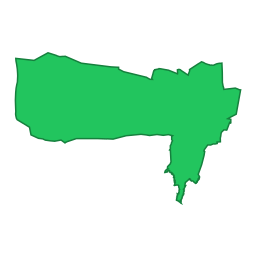 Ayacucho, San Luis, Argentina (Natural Earth projection)
{"feature_id": "61730980B39092532797168", "entity_name": "Ayacucho", "entity_type": "district", "adm_level": 2, "iso_a3": "ARG", "parent_name": "Argentina", "parent_adm1": "San Luis", "projection": "natural_earth1", "projection_center": [-66.166, -32.297], "detail": "fine", "context": "isolated", "style": "filled", "palette": "green", "viewbox_px": 256, "rotation_deg": 0, "n_neighbors": 0, "source": "geoboundaries", "source_scale": "gbopen_adm2", "svg_char_len": 5407}
<svg xmlns="http://www.w3.org/2000/svg" viewBox="0 0 256 256"><path d="M31.0,134.9L38.4,138.3L42.8,138.9L45.3,140.1L50.2,140.8L54.7,141.2L60.7,140.1L61.3,140.2L64.3,142.4L64.7,142.5L64.9,142.9L65.1,142.9L65.4,142.5L67.3,141.6L76.3,138.6L98.1,138.6L106.5,138.9L107.7,138.8L108.8,138.9L113.1,139.1L126.2,135.7L141.0,134.3L146.2,134.9L149.5,135.5L157.0,134.5L163.3,135.3L168.4,134.6L172.6,135.7L172.0,136.2L171.8,136.2L171.6,136.5L171.7,137.4L171.7,139.6L172.5,140.8L171.6,142.4L171.4,143.3L171.2,144.3L170.3,145.7L170.4,148.9L169.6,150.0L170.4,150.3L170.5,151.4L170.4,151.8L170.5,152.3L170.9,160.1L171.0,161.5L170.9,162.2L170.5,163.0L170.4,163.7L167.6,166.6L167.4,168.4L167.4,168.9L167.5,168.9L165.7,170.3L165.5,170.5L165.1,171.3L164.8,172.5L165.1,172.5L165.5,172.3L165.8,172.1L166.0,171.8L166.6,172.1L166.8,172.2L167.1,172.0L167.6,171.7L167.8,171.7L167.9,171.4L167.7,171.1L167.8,171.0L168.1,170.6L168.3,170.3L168.5,170.2L169.0,170.5L169.4,170.5L169.5,170.9L169.8,171.1L169.7,171.8L169.9,172.3L170.1,172.5L170.8,172.6L171.1,172.6L171.4,172.4L171.7,172.5L171.9,172.7L172.1,173.4L171.9,173.6L171.6,173.6L171.6,173.9L172.0,174.3L172.3,174.3L172.5,174.3L172.9,174.1L173.2,175.2L173.4,175.3L173.6,175.2L173.9,175.3L173.9,175.5L174.1,176.0L173.8,176.3L173.8,176.6L174.0,177.1L173.6,177.2L173.5,177.3L173.5,177.5L173.9,177.6L174.2,177.4L174.4,177.5L174.1,178.0L174.3,178.4L174.1,178.9L174.1,179.0L174.5,179.6L174.6,179.8L174.3,179.8L174.1,180.1L174.1,180.3L174.3,180.5L174.5,180.2L174.9,180.2L175.0,180.3L175.0,180.5L174.8,180.5L174.5,180.9L174.3,181.1L174.3,181.4L174.4,181.5L174.4,182.0L174.6,182.2L174.8,182.1L174.7,182.4L175.1,182.5L174.8,182.9L174.9,183.5L174.6,184.3L174.6,184.9L174.2,185.3L174.4,185.5L176.8,185.0L178.3,185.2L178.7,185.6L178.7,186.9L179.3,188.7L179.3,188.9L179.6,189.5L179.2,189.8L179.0,190.1L179.1,190.6L179.2,191.0L179.1,191.7L179.1,191.9L178.9,192.0L178.8,192.4L178.7,192.7L178.8,192.8L178.7,193.1L178.7,193.3L178.5,193.2L178.6,193.3L178.5,193.5L178.5,193.3L178.3,193.3L178.0,193.8L178.2,193.7L178.3,193.6L178.2,193.7L178.0,194.1L177.9,194.3L177.7,194.2L177.8,194.4L177.7,194.7L177.5,194.8L177.6,195.0L177.5,195.3L177.5,195.5L177.4,195.6L177.5,195.5L177.6,195.4L177.4,195.8L177.6,195.7L177.5,195.8L177.6,195.7L177.3,196.0L177.1,196.9L177.1,197.0L176.8,198.3L176.6,198.9L176.6,199.0L176.5,199.3L176.5,199.6L176.7,199.8L176.8,200.0L177.0,200.2L177.0,200.3L176.9,200.4L177.3,200.5L177.8,200.8L178.0,200.7L178.3,201.0L178.8,201.3L179.0,201.6L179.3,201.7L179.3,201.8L179.6,202.0L179.7,201.9L179.9,202.2L180.1,202.3L180.7,203.0L181.1,203.2L180.8,202.7L181.1,202.1L180.9,201.6L180.7,201.0L180.9,201.1L181.0,201.2L181.1,201.3L181.2,201.0L181.2,200.8L181.0,200.7L180.9,200.3L181.0,199.8L181.4,199.4L182.0,198.3L181.8,198.0L182.2,197.4L182.3,197.0L182.4,196.8L182.4,196.4L182.7,195.9L182.9,195.6L182.9,195.4L182.7,195.3L182.9,195.0L183.4,194.8L183.4,194.6L183.5,194.5L183.4,194.2L183.5,194.1L183.7,193.9L183.4,193.6L183.7,193.2L183.6,192.9L183.6,192.6L183.6,192.3L183.7,192.1L183.6,191.9L183.8,191.5L183.8,191.2L184.1,191.1L184.0,190.8L184.1,190.4L183.9,189.9L184.1,189.8L184.0,189.7L183.7,189.5L183.6,189.3L183.5,189.2L184.1,188.7L185.6,185.7L184.8,185.8L185.4,182.4L186.0,182.0L189.0,179.3L189.1,179.0L189.4,178.8L189.5,178.7L189.7,178.8L189.9,179.0L190.2,179.1L190.3,179.2L190.2,179.5L190.1,179.9L190.5,180.0L190.7,180.3L191.1,180.4L191.2,180.9L191.3,181.0L191.6,180.9L191.9,181.0L192.2,180.9L192.6,180.9L193.8,181.6L193.8,181.9L194.1,182.3L194.4,182.5L195.5,183.3L195.7,183.0L195.9,183.0L195.9,183.3L196.0,183.1L196.3,183.1L196.5,182.2L197.0,182.3L197.1,182.2L196.9,181.6L197.2,181.7L197.4,181.5L197.5,181.1L197.6,180.6L197.8,180.1L198.2,180.2L198.3,180.1L198.6,179.7L198.6,179.4L198.5,179.2L199.0,179.3L199.1,179.2L199.1,178.9L198.8,178.7L199.1,178.5L198.9,178.1L199.0,177.9L199.3,178.0L199.4,177.9L199.4,177.6L199.2,177.3L199.6,177.0L199.6,176.9L198.2,174.3L201.6,164.8L202.4,161.8L204.0,155.6L204.7,151.5L203.9,151.0L204.4,149.6L207.7,145.0L210.7,145.0L211.6,144.6L213.4,143.9L215.0,144.0L217.2,143.5L217.0,142.1L220.4,141.8L220.3,138.1L220.7,136.3L221.1,133.3L221.6,132.1L223.9,129.9L226.0,130.0L226.7,130.1L226.9,129.8L229.7,122.3L229.9,122.3L230.2,122.6L230.4,123.1L230.6,123.1L230.8,122.9L230.8,119.3L227.8,118.7L230.2,117.3L236.2,114.2L240.6,89.9L240.3,89.9L239.2,89.7L237.7,89.0L235.3,88.1L223.8,89.4L223.6,87.5L223.1,86.3L222.4,82.3L222.3,72.6L221.9,63.1L220.7,63.3L219.3,63.3L217.7,63.6L216.5,63.9L215.1,64.5L213.6,65.2L211.8,65.2L211.2,65.0L210.1,65.2L208.9,64.6L208.3,64.6L207.2,64.2L206.5,64.0L205.2,63.5L203.5,62.5L201.5,61.8L199.9,62.9L198.0,64.0L196.5,65.0L189.6,69.5L189.5,69.8L189.7,70.1L189.7,70.5L189.3,71.9L188.9,72.9L188.6,73.5L188.2,75.1L186.6,74.2L185.1,73.1L182.8,71.6L181.3,70.6L180.4,69.8L179.6,69.5L178.7,69.4L177.4,69.8L177.6,73.1L177.5,73.8L168.5,70.2L161.2,68.9L159.8,68.7L159.6,68.8L159.0,68.6L158.5,69.0L154.7,69.7L154.7,70.3L153.9,70.6L153.7,71.4L153.5,71.7L153.3,72.4L153.3,72.7L151.7,78.2L152.4,79.4L149.9,79.3L147.8,78.1L147.7,78.1L146.5,77.3L123.6,71.7L118.6,69.1L118.6,67.3L111.0,66.9L81.3,63.2L65.3,56.3L63.9,56.4L62.7,56.4L60.4,56.6L59.5,56.6L57.4,56.0L56.2,55.4L48.0,52.8L34.1,60.4L15.8,58.4L16.0,61.0L16.7,64.7L17.3,69.0L17.6,73.2L17.7,75.9L17.4,82.1L16.7,85.0L16.1,88.3L15.7,92.7L15.4,100.1L15.5,103.6L15.6,106.4L15.8,111.5L15.6,114.1L15.9,116.1L16.4,118.3L17.2,119.7L29.5,127.2L31.0,134.9Z" fill="#22c55e" stroke="#15803d" stroke-width="1.5"/></svg>